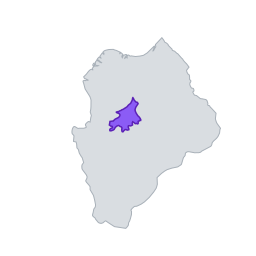 where Nassarawa sits in Nigeria, rotated 135°
{"feature_id": "NGA-2867", "entity_name": "Nassarawa", "entity_type": "State", "adm_level": 1, "iso_a3": "NGA", "parent_name": "Nigeria", "parent_adm1": "", "projection": "albers", "projection_center": [8.322, 8.561], "detail": "fine", "context": "in_parent", "style": "filled", "palette": "violet", "viewbox_px": 256, "rotation_deg": 135, "n_neighbors": 0, "source": "natural_earth", "source_scale": "10m", "svg_char_len": 5416}
<svg xmlns="http://www.w3.org/2000/svg" viewBox="0 0 256 256"><g transform="rotate(135 128 128)"><path d="M200.5,58.6L207.3,67.8L208.8,74.7L209.4,78.1L210.5,78.5L212.6,78.6L214.1,79.3L215.1,80.4L215.6,81.5L215.8,82.1L215.4,86.3L214.9,87.8L215.2,89.8L215.1,90.7L214.9,91.3L214.0,92.0L212.7,92.7L209.7,94.7L208.9,95.0L207.6,95.1L206.5,95.6L205.2,96.7L202.5,100.7L200.1,104.7L198.4,111.2L196.3,113.3L196.0,115.1L195.7,119.1L195.4,120.3L195.0,120.7L192.7,121.5L191.4,122.4L190.6,124.3L189.7,130.5L189.4,131.6L188.6,132.6L187.5,133.8L186.4,134.5L183.8,134.9L181.3,139.6L181.3,140.5L180.2,144.7L178.3,147.9L178.2,150.0L175.8,152.8L174.6,154.8L175.9,156.8L176.0,157.1L171.9,160.5L171.6,161.0L171.5,163.4L171.1,164.0L170.4,164.9L169.3,165.8L168.1,166.6L166.8,167.1L165.6,167.3L164.9,167.0L164.5,166.3L163.8,163.4L163.4,162.8L162.6,162.3L159.4,159.1L157.4,158.0L157.0,158.1L156.7,158.4L156.1,160.0L155.6,160.6L154.6,160.8L152.8,160.8L151.5,160.6L151.2,160.3L150.6,159.0L146.6,161.9L145.2,162.6L143.4,166.0L140.9,167.7L139.2,169.2L134.5,173.8L133.6,175.2L132.7,177.2L130.7,185.9L127.5,191.4L127.1,192.5L126.9,192.5L126.5,193.0L125.2,192.7L124.7,191.6L123.9,191.5L122.6,190.0L122.3,190.3L123.7,194.0L123.2,195.5L119.2,195.5L115.8,196.0L113.5,195.9L112.3,195.4L111.8,194.0L111.6,194.1L111.5,194.9L110.7,195.5L108.1,195.6L107.0,194.6L106.0,193.6L105.0,193.1L105.2,193.5L106.3,194.6L106.2,196.1L104.1,197.8L102.7,197.9L101.9,197.2L101.5,195.9L101.3,194.1L100.7,192.9L100.4,192.9L100.8,194.9L100.8,196.7L101.8,198.2L100.2,198.6L98.4,198.6L98.2,198.1L97.9,196.9L97.6,196.6L97.2,198.6L93.4,199.2L92.9,199.1L92.8,198.7L93.1,198.1L93.0,197.2L92.1,197.9L92.0,199.3L91.5,199.5L90.1,199.3L88.5,198.6L85.9,196.9L82.8,194.0L82.3,192.7L81.4,191.1L79.8,186.8L80.1,186.6L80.9,186.8L81.2,186.4L79.9,186.1L79.6,185.8L79.6,184.8L79.6,183.7L81.6,183.1L82.1,182.4L82.3,181.7L79.9,182.7L77.6,181.5L77.1,180.7L77.4,180.2L80.0,180.1L81.0,179.6L80.4,179.4L79.4,179.4L79.0,179.0L79.1,178.2L78.7,178.4L78.3,179.1L76.8,179.7L75.9,179.1L75.8,177.8L75.6,177.2L74.8,176.8L72.2,173.3L68.8,170.5L65.8,168.5L61.3,167.5L51.8,167.4L51.3,167.1L51.9,166.7L52.7,166.4L55.8,164.9L55.3,164.6L52.1,165.6L51.0,165.7L49.6,167.6L40.2,167.9L40.3,167.0L40.7,164.5L41.3,162.8L40.7,160.7L40.6,158.7L41.0,158.2L41.1,157.4L41.1,152.6L41.6,151.9L41.7,151.4L40.7,149.3L40.7,147.7L40.6,146.1L40.3,145.4L40.7,139.5L40.6,138.0L41.0,136.9L41.2,134.4L41.2,131.9L41.8,127.9L45.8,127.4L46.8,125.9L47.4,123.9L47.2,122.0L48.6,120.3L50.1,118.8L50.1,117.1L50.5,116.6L51.3,116.2L52.3,116.1L53.5,115.2L54.2,113.8L54.9,111.5L53.9,109.9L53.9,109.5L54.3,108.6L54.9,107.8L55.4,107.5L56.6,107.7L56.9,107.4L57.7,104.8L57.7,104.2L56.6,102.4L56.1,97.8L55.8,97.2L55.0,96.3L52.8,93.0L52.8,91.5L53.8,89.5L54.4,88.6L55.3,88.1L55.4,87.6L55.2,87.0L54.8,86.6L54.7,85.7L55.1,84.5L55.0,83.1L55.3,76.2L57.1,74.8L59.8,72.6L61.1,70.2L61.8,68.4L62.8,62.4L64.2,61.8L66.8,59.7L70.4,58.4L72.7,58.1L76.7,58.3L78.8,58.1L80.5,57.0L81.3,56.7L82.4,56.5L92.5,59.6L93.4,59.5L94.1,59.7L95.4,60.5L98.4,63.4L101.5,67.9L102.4,68.9L103.4,69.4L104.4,69.6L105.1,69.6L105.9,69.1L106.8,68.3L108.3,67.9L109.5,68.0L115.8,64.6L116.4,64.5L120.3,65.3L125.5,68.7L129.8,70.9L132.9,71.7L136.4,72.2L142.5,72.4L147.0,67.5L148.7,66.5L150.7,65.5L155.0,64.6L162.0,63.9L168.6,64.1L172.7,64.9L177.1,66.5L178.9,68.0L181.9,68.2L184.0,67.9L184.6,66.4L186.7,64.4L189.9,62.5L192.4,61.2L194.5,60.6L196.4,59.1L197.9,58.7L200.5,58.6ZM108.4,197.5L106.9,198.0L106.0,197.9L107.3,195.9L107.9,196.3L108.8,196.5L108.4,197.5Z" fill="#d9dde1" stroke="#a8b0b8" stroke-width="1"/><path d="M142.7,138.9L142.3,139.5L141.7,139.9L141.3,139.9L140.8,139.9L140.4,139.7L140.0,139.7L139.6,139.5L138.9,139.2L138.5,139.4L138.3,139.7L138.1,140.1L138.1,140.6L138.9,141.6L138.9,142.3L138.9,142.6L139.0,142.9L139.1,143.3L138.8,143.5L136.6,145.0L136.1,145.4L133.3,143.3L132.8,143.4L131.1,143.4L130.1,143.1L127.1,142.1L125.1,142.4L124.3,143.1L124.1,144.1L124.4,145.2L125.1,146.7L125.2,147.2L125.0,147.5L124.9,147.5L124.7,147.4L124.2,147.0L123.5,146.7L123.2,146.3L122.7,146.2L122.3,146.1L121.8,146.0L121.0,145.6L120.6,145.4L119.3,145.2L119.1,145.1L118.4,144.7L117.8,144.5L116.8,144.4L116.3,144.3L115.6,144.0L114.6,143.9L113.9,143.7L113.7,143.7L111.4,143.9L108.8,143.6L108.3,143.7L105.3,144.7L104.5,145.2L104.4,145.3L104.1,145.5L103.6,145.9L103.3,146.0L103.1,146.0L103.2,145.4L103.3,144.8L103.6,144.3L103.8,143.9L104.0,141.7L104.0,140.7L103.2,139.4L103.6,138.5L103.7,138.0L105.9,137.6L108.0,137.1L109.9,136.1L110.5,135.4L111.0,134.6L111.7,132.8L112.4,129.8L112.3,128.3L112.4,127.4L112.7,125.8L113.0,125.3L113.3,125.2L113.4,124.9L113.3,124.6L113.7,124.4L114.0,124.8L114.3,125.0L114.8,124.9L115.1,125.2L115.4,125.2L115.6,125.3L116.1,125.5L116.6,125.2L117.2,124.2L118.1,124.0L118.6,124.5L118.7,124.8L118.7,125.2L119.2,125.6L119.8,125.9L119.9,127.7L120.3,129.1L121.5,128.5L122.3,127.3L122.7,126.9L123.2,127.1L124.5,127.5L125.1,128.2L125.4,128.5L125.6,128.9L126.0,129.2L126.5,129.2L127.2,128.5L127.6,127.7L128.0,126.8L128.6,126.2L129.4,126.6L130.1,127.1L130.4,128.1L131.1,128.9L132.0,129.0L133.0,129.0L133.3,129.0L133.5,128.9L134.0,128.8L134.4,129.0L134.7,129.4L134.6,129.8L134.4,130.3L133.7,131.1L133.4,131.5L132.9,131.7L132.5,132.2L132.1,132.6L131.9,133.3L132.2,134.0L132.5,134.5L132.6,135.1L132.6,135.8L132.9,136.5L134.1,137.1L135.0,137.3L136.4,137.4L137.8,137.1L138.7,136.8L139.6,136.9L141.3,137.6L142.1,138.1L142.7,138.9Z" fill="#8b5cf6" stroke="#5b21b6" stroke-width="1.5"/></g></svg>